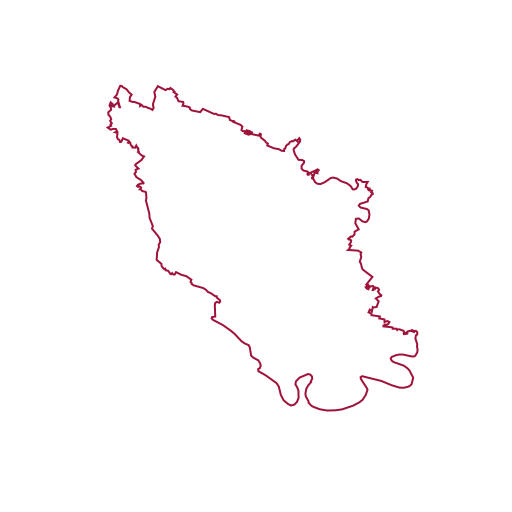 Meherpur, Khulna, Bangladesh (Equal Earth projection), rotated 112°
{"feature_id": "16705992B11914188004823", "entity_name": "Meherpur", "entity_type": "district", "adm_level": 2, "iso_a3": "BGD", "parent_name": "Bangladesh", "parent_adm1": "Khulna", "projection": "equal_earth", "projection_center": [88.762, 23.788], "detail": "fine", "context": "isolated", "style": "outline", "palette": "rose", "viewbox_px": 512, "rotation_deg": 112, "n_neighbors": 0, "source": "geoboundaries", "source_scale": "gbopen_adm2", "svg_char_len": 6107}
<svg xmlns="http://www.w3.org/2000/svg" viewBox="0 0 512 512"><g transform="rotate(112 256 256)"><path d="M361.9,210.7L363.0,202.4L366.2,189.2L368.6,185.9L375.4,181.0L379.4,176.4L381.2,171.0L381.5,167.6L379.0,164.2L379.1,164.7L376.2,163.4L371.8,163.3L365.2,166.1L362.8,168.1L360.2,171.4L357.2,172.0L352.4,170.0L346.0,163.6L345.6,161.3L346.7,159.0L348.7,157.9L352.0,158.2L352.3,157.7L356.8,159.2L360.4,159.6L365.2,158.6L367.6,157.1L371.2,152.7L372.4,152.2L374.1,148.5L374.4,146.0L374.2,139.4L372.7,132.4L369.4,124.7L366.0,118.8L358.3,109.8L352.9,105.3L349.4,103.3L343.6,102.2L338.3,102.5L337.2,103.4L330.8,112.6L329.2,113.6L327.7,112.6L324.9,93.0L325.0,81.8L324.3,73.7L322.8,69.6L320.3,66.1L318.8,64.7L316.5,63.7L309.9,64.7L304.7,70.8L303.4,73.4L302.3,77.9L302.8,88.9L302.1,91.1L300.6,92.7L298.7,92.3L295.5,89.0L293.6,86.1L292.3,82.9L290.8,74.0L290.0,72.0L289.0,71.0L285.1,70.4L282.8,70.9L279.0,73.1L277.6,73.3L272.6,77.4L269.6,78.0L268.4,77.1L266.3,77.9L265.5,79.8L266.2,81.0L267.2,80.9L267.3,82.0L266.7,81.4L266.1,83.1L269.2,87.2L270.3,87.8L270.6,86.8L271.3,86.6L273.0,89.6L272.5,90.0L271.9,89.5L270.1,91.1L270.2,95.3L270.9,97.3L271.7,97.5L270.9,99.0L272.3,102.0L271.1,102.6L271.3,103.7L273.5,111.4L272.9,111.7L272.5,109.9L271.3,110.8L270.6,108.8L269.4,107.9L267.2,107.6L267.1,109.8L269.0,112.1L266.7,113.1L267.7,118.3L265.7,118.5L267.6,126.8L266.1,127.5L266.1,130.5L263.1,130.4L263.9,127.8L259.6,128.6L259.7,127.7L258.1,125.1L252.0,125.3L250.5,129.0L247.7,126.9L246.4,125.1L245.4,125.1L244.9,127.2L243.1,129.7L241.3,129.2L240.2,130.5L240.4,133.5L241.9,133.4L241.6,135.1L243.5,134.4L243.8,135.0L240.9,135.2L240.0,136.2L241.8,139.5L242.4,138.1L242.7,141.5L243.5,139.5L244.7,139.3L244.7,141.1L243.8,142.6L243.1,142.0L242.1,142.3L241.1,140.6L240.6,141.3L240.8,142.9L231.8,140.2L228.6,151.8L227.4,153.3L223.8,155.8L222.5,157.6L217.3,158.1L215.2,159.7L213.3,159.7L212.8,163.4L215.9,172.9L214.1,172.0L213.2,172.4L210.8,171.6L210.6,173.8L207.9,173.2L205.9,173.6L205.5,175.1L206.0,176.1L205.6,177.0L202.2,175.2L202.2,174.1L199.2,172.7L196.5,173.7L192.8,170.8L188.4,176.2L184.1,177.3L182.7,174.7L184.0,170.3L183.7,167.4L182.6,166.2L179.2,165.4L175.1,166.3L171.4,168.7L170.9,171.0L171.9,177.2L170.8,179.6L168.8,179.2L163.6,172.9L160.2,173.4L158.1,172.1L156.5,172.1L154.7,170.9L154.0,171.5L153.8,173.1L152.1,172.8L152.0,174.2L152.9,175.5L152.6,176.3L151.8,175.7L150.9,176.0L151.6,177.4L150.8,178.2L150.9,180.1L148.4,180.6L145.5,180.2L147.5,185.0L146.3,187.8L147.2,189.2L146.7,190.8L147.6,191.8L148.8,191.5L150.3,190.0L151.2,188.2L153.2,187.7L156.3,188.5L157.6,190.0L157.9,191.3L155.6,194.6L154.5,199.0L154.8,205.0L153.8,210.0L154.4,213.9L155.6,215.8L161.8,219.9L165.0,223.0L165.9,225.5L165.9,227.2L165.1,229.3L163.2,231.5L163.0,233.2L162.3,233.4L161.7,232.4L160.5,233.0L159.9,234.8L159.7,232.6L156.7,232.9L156.2,230.0L154.8,230.7L152.9,230.0L152.6,231.4L154.1,232.6L153.7,230.9L154.9,230.9L154.8,233.2L157.7,236.1L159.0,235.8L159.0,237.3L159.4,237.6L160.9,237.5L161.3,238.4L160.9,239.0L158.8,239.1L158.4,239.7L159.0,244.1L157.9,246.5L155.3,247.5L151.4,246.4L150.0,247.0L149.7,248.9L150.9,252.7L147.1,258.0L143.5,260.9L142.4,261.2L139.2,259.6L133.3,258.1L131.6,258.6L130.5,260.0L132.5,260.8L134.3,260.3L133.4,263.1L135.9,264.7L136.1,265.9L137.6,267.2L140.1,267.7L140.7,268.5L142.6,269.4L145.3,269.2L146.0,269.9L148.1,269.3L148.8,271.6L148.4,275.0L149.4,279.7L149.3,287.0L147.3,287.1L146.9,289.4L145.9,290.7L144.5,295.5L143.4,296.7L141.4,297.0L141.1,298.2L142.6,298.6L143.2,297.6L144.6,305.7L143.0,305.9L142.6,308.6L142.9,311.7L144.6,311.8L144.2,307.3L145.4,307.1L146.3,308.4L146.4,312.5L144.2,312.5L145.2,315.2L144.6,316.7L141.1,317.1L140.2,319.5L140.2,327.0L139.3,326.7L139.2,327.1L139.7,328.8L139.7,331.2L137.3,332.9L138.6,341.1L139.6,343.9L139.1,346.5L140.0,348.0L139.5,360.4L143.5,361.6L145.1,369.9L144.5,372.2L143.0,373.1L143.3,376.6L144.2,380.4L142.1,380.3L140.5,381.2L141.5,385.9L139.0,388.4L138.4,390.4L135.8,389.6L134.9,393.7L134.1,393.3L132.9,395.7L132.3,398.3L133.7,398.6L134.1,400.6L136.1,402.0L135.3,410.6L142.1,411.7L146.0,409.0L153.2,408.5L155.2,407.8L156.9,406.4L159.4,406.8L158.9,409.0L159.2,411.0L158.9,413.9L159.8,416.5L158.7,418.7L160.3,419.6L158.5,420.5L158.7,426.3L159.4,428.4L159.5,431.3L155.9,432.4L153.0,431.7L151.9,435.0L149.9,438.5L149.3,442.9L148.7,444.0L149.0,445.6L154.3,445.9L158.4,445.4L162.0,446.6L161.8,443.1L162.6,442.1L163.8,442.0L169.0,437.9L169.2,438.4L165.3,441.5L169.7,443.9L170.6,443.5L171.0,445.4L170.6,446.7L169.8,445.5L168.9,445.7L168.0,448.3L171.3,448.2L172.9,446.2L174.7,445.1L178.0,446.8L180.2,445.9L181.5,443.3L183.4,441.5L185.3,441.9L187.0,439.4L188.5,440.2L189.5,439.1L192.5,441.6L193.3,438.0L191.8,436.3L190.7,433.5L192.5,431.4L194.0,432.8L193.8,430.5L197.8,429.5L199.3,427.9L199.6,426.0L201.2,424.9L201.0,424.1L200.1,423.6L196.7,423.5L196.8,417.2L197.4,416.6L198.9,417.1L198.9,416.5L197.7,415.9L197.9,415.2L200.2,413.5L200.7,411.6L201.7,411.3L200.8,408.6L198.4,408.4L200.5,406.0L200.2,405.6L200.7,405.1L201.8,405.1L202.8,404.0L203.8,404.4L205.6,399.6L205.6,397.1L210.0,398.2L216.3,402.1L217.3,401.9L219.0,397.7L221.1,399.9L223.1,398.8L225.3,399.5L227.7,396.4L228.6,391.3L230.3,387.6L230.9,387.6L232.0,390.0L234.0,392.1L235.7,392.6L236.1,391.2L235.2,390.5L235.1,389.3L235.7,388.1L237.6,388.6L237.3,387.8L238.4,385.8L237.9,382.4L238.2,381.9L243.0,379.4L246.0,378.7L256.5,370.9L260.6,368.9L267.0,362.8L269.6,362.7L273.8,354.9L276.1,351.6L279.1,350.0L281.8,350.5L284.2,349.3L289.8,349.0L296.9,346.6L298.6,340.9L300.6,339.8L302.5,336.7L301.7,335.4L303.1,334.5L302.6,331.9L304.8,328.6L304.7,327.8L303.3,327.3L304.1,325.5L303.7,324.5L300.9,324.1L301.4,318.1L300.8,313.1L302.2,307.0L304.5,307.0L305.3,305.4L305.9,305.3L306.6,303.1L305.5,293.0L306.1,289.6L307.3,287.4L307.4,284.0L308.5,279.1L308.1,277.3L309.1,277.0L310.6,272.7L311.7,272.1L313.1,272.6L313.1,274.9L314.6,276.2L317.0,275.8L327.4,271.1L329.1,273.8L330.4,273.8L331.3,272.1L332.5,260.6L334.7,251.4L336.2,246.7L340.4,237.6L341.3,233.9L341.4,229.5L343.1,227.5L350.2,223.2L351.3,220.2L351.9,214.7L354.3,211.6L356.2,210.5L358.7,210.5L359.9,211.6L361.9,210.7Z" fill="none" stroke="#9f1239" stroke-width="2"/></g></svg>